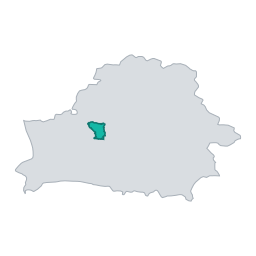 Stowbtsy, Minsk, Belarus (highlighted)
{"feature_id": "67162791B19818766020383", "entity_name": "Stowbtsy", "entity_type": "district", "adm_level": 2, "iso_a3": "BLR", "parent_name": "Belarus", "parent_adm1": "Minsk", "projection": "robinson", "projection_center": [26.677, 53.605], "detail": "fine", "context": "in_parent", "style": "filled", "palette": "teal", "viewbox_px": 256, "rotation_deg": 0, "n_neighbors": 0, "source": "geoboundaries", "source_scale": "gbopen_adm2", "svg_char_len": 6864}
<svg xmlns="http://www.w3.org/2000/svg" viewBox="0 0 256 256"><path d="M219.5,175.9L215.0,175.7L209.6,175.8L206.6,177.4L203.3,176.6L200.9,177.6L195.7,182.1L193.7,184.6L191.8,188.3L190.6,191.1L191.3,193.1L192.4,194.9L192.6,196.9L193.2,198.4L191.9,199.5L191.1,201.1L188.8,200.8L186.0,199.3L185.4,197.1L183.2,195.5L181.8,194.7L179.5,194.6L175.8,195.3L171.0,195.9L167.3,196.0L165.3,196.8L162.4,197.6L161.2,196.7L159.6,194.1L158.2,191.6L157.2,190.5L156.4,190.2L155.4,190.3L154.3,191.1L153.5,191.9L150.4,192.8L149.1,193.7L147.7,196.0L146.7,195.9L145.6,195.3L144.5,192.8L142.8,192.2L140.3,192.1L137.1,191.6L134.5,190.8L133.6,191.0L132.1,192.1L130.4,192.2L126.8,191.3L126.0,191.7L124.0,194.6L123.0,194.7L122.4,194.3L122.7,191.9L120.6,191.0L117.0,190.8L114.6,191.2L113.3,191.1L112.7,190.6L109.6,186.4L108.0,186.2L105.1,186.4L100.8,185.9L95.9,184.9L93.2,184.6L91.8,183.7L88.8,183.3L80.6,181.6L77.3,181.3L72.4,181.2L65.0,180.8L60.2,181.1L58.0,181.6L55.4,182.0L46.6,182.5L43.4,183.0L42.4,183.8L41.4,185.8L37.7,189.1L34.1,191.3L33.4,191.5L31.4,190.3L29.7,189.9L27.6,189.8L26.2,190.2L25.3,190.7L25.4,193.3L25.1,193.5L23.6,190.5L23.8,187.7L24.7,186.1L25.8,184.7L25.4,182.6L26.5,179.8L26.6,177.7L26.1,176.9L25.3,175.9L23.0,174.7L22.0,173.8L18.9,172.7L15.9,171.2L15.4,170.3L15.5,169.7L16.1,168.8L18.5,166.0L21.1,163.4L22.7,162.3L31.5,158.9L32.8,157.7L33.2,155.7L33.1,151.7L32.7,148.0L32.0,145.4L30.5,140.6L26.2,130.7L23.7,120.5L25.4,121.1L29.5,121.3L32.8,120.6L34.5,120.5L36.0,120.7L40.3,120.1L41.3,121.1L43.2,121.9L47.0,120.7L50.3,119.3L53.8,119.4L54.3,118.7L55.2,115.1L56.2,114.3L60.4,114.6L61.9,114.0L63.5,112.2L65.9,111.1L68.0,111.1L70.1,109.8L71.1,110.7L71.6,112.2L70.9,113.4L71.2,113.8L72.7,114.4L75.2,114.4L76.8,113.9L77.2,113.2L77.2,112.0L76.8,110.8L75.8,109.8L73.8,109.3L72.4,109.3L72.1,108.6L72.6,107.3L73.9,104.8L75.4,102.5L76.3,101.6L76.5,100.8L76.3,99.5L76.3,97.0L77.7,93.5L79.5,90.9L82.0,90.1L85.0,89.6L86.9,88.4L87.8,87.0L88.6,84.8L89.6,84.4L96.8,84.7L97.9,82.5L98.5,81.9L99.9,81.3L100.8,80.5L100.5,79.9L98.6,79.5L94.3,79.2L93.5,78.4L93.7,77.6L94.9,75.3L96.0,72.5L96.5,70.2L96.6,68.9L97.2,68.6L100.7,68.1L101.9,67.7L104.9,64.6L107.2,64.1L113.1,64.9L115.9,64.8L119.3,65.1L119.6,64.8L120.8,61.7L126.6,56.9L129.7,55.2L131.7,54.9L132.4,55.0L135.6,57.5L136.3,57.6L138.4,56.5L142.0,56.5L143.7,57.3L146.1,60.5L147.4,60.8L150.9,59.1L152.8,58.5L154.1,58.5L160.8,61.0L161.3,61.7L161.3,62.6L160.4,65.5L161.8,67.2L163.4,68.4L166.8,66.5L168.0,65.9L169.4,65.9L171.2,65.2L172.5,64.1L173.8,63.7L176.2,64.0L180.6,63.7L185.8,65.4L186.3,65.9L188.9,67.9L189.8,68.9L190.7,69.3L192.1,70.2L193.9,70.9L195.2,70.7L195.8,71.0L196.4,71.8L196.5,73.1L196.4,76.8L194.6,78.8L194.4,79.5L194.5,80.3L196.0,81.9L198.0,84.5L198.5,85.9L198.5,87.0L196.0,90.3L195.2,91.1L194.6,92.7L194.4,94.3L194.6,95.0L198.9,97.7L202.2,99.1L202.9,99.8L203.0,100.2L201.4,103.1L201.2,103.8L203.8,105.0L205.3,106.8L206.6,109.9L209.2,112.7L218.4,117.0L219.2,117.7L219.5,118.6L219.3,120.6L217.7,124.4L219.3,124.9L223.3,124.8L228.2,125.2L234.2,127.9L234.2,129.1L233.7,130.2L234.1,131.3L234.8,132.3L240.0,135.3L240.5,136.2L240.6,137.6L240.5,138.7L239.1,138.9L237.6,139.4L235.1,140.7L234.1,142.5L230.1,144.9L227.5,146.1L225.5,146.1L220.6,145.6L218.9,144.4L218.1,143.3L216.3,142.7L213.8,142.7L210.4,142.9L209.7,143.2L209.1,144.6L207.8,147.0L206.8,148.3L211.2,153.0L213.5,154.9L214.2,156.1L214.2,156.9L213.2,157.9L213.4,159.9L215.6,162.5L214.9,162.9L214.8,166.1L214.9,169.5L215.5,170.4L216.7,171.1L217.7,172.3L219.4,175.2L219.5,175.9Z" fill="#d9dde1" stroke="#a8b0b8" stroke-width="1"/><path d="M103.5,123.2L103.3,123.2L103.1,123.3L102.9,123.4L102.6,123.4L102.3,123.5L102.1,123.5L101.8,123.6L101.9,123.9L102.0,123.9L102.1,124.0L101.8,124.3L101.7,124.3L101.6,124.2L101.4,124.1L101.2,124.1L100.8,124.1L100.7,124.1L100.6,123.8L100.5,123.7L100.4,123.7L100.2,123.7L100.0,123.8L99.8,123.8L99.7,123.8L99.6,123.7L99.4,123.7L99.3,123.8L99.2,123.8L98.9,123.8L98.8,123.7L98.6,123.7L98.4,123.6L98.1,123.5L97.9,123.5L97.7,123.5L97.5,123.4L97.4,123.4L97.2,123.3L97.2,123.2L96.6,122.9L96.1,122.9L95.8,122.9L95.6,122.8L95.4,122.8L95.2,122.8L94.9,122.9L94.7,122.9L94.4,122.9L94.2,122.8L93.9,122.7L93.7,122.6L93.4,122.5L93.2,122.4L92.9,122.3L92.8,122.1L92.8,121.9L92.6,121.9L92.4,121.9L92.2,121.9L91.8,121.9L91.5,122.0L91.3,122.1L91.1,122.1L90.8,122.1L90.6,122.1L90.4,122.3L90.1,122.5L89.8,122.8L89.7,122.9L89.5,122.7L89.1,122.6L89.0,122.8L88.9,122.9L88.5,122.9L88.3,123.1L88.5,123.2L88.5,123.4L88.5,123.6L88.5,123.8L88.1,123.9L87.9,124.0L88.0,124.2L88.1,124.5L88.4,124.7L88.6,124.7L88.9,124.7L89.1,124.8L89.1,125.0L88.9,125.2L88.9,125.4L89.0,125.6L89.0,125.8L88.9,125.9L89.0,126.2L89.1,126.6L89.3,126.7L89.5,127.1L89.7,127.4L89.8,127.6L90.0,127.8L90.3,127.9L90.8,127.9L91.2,127.9L91.3,128.1L91.3,128.3L91.3,128.5L91.2,128.6L91.3,128.9L91.5,129.0L92.0,129.0L92.2,129.4L92.6,129.8L92.9,130.2L93.3,130.5L93.6,130.9L93.9,131.2L94.3,131.6L94.5,131.8L94.9,132.0L95.1,132.0L95.4,132.0L95.4,132.3L95.4,132.6L95.5,132.8L95.4,132.9L95.1,133.0L94.9,133.2L94.8,133.4L94.7,133.6L94.8,133.7L95.2,133.8L95.4,133.9L95.5,134.0L95.7,134.3L95.7,134.5L95.7,134.8L95.6,135.0L95.6,135.4L95.6,135.7L95.7,135.9L95.9,136.3L96.2,136.6L96.2,136.9L95.8,137.1L94.9,137.3L94.8,137.5L94.7,137.6L94.6,137.8L94.3,137.9L94.2,137.9L94.0,138.1L94.1,138.3L94.3,138.5L94.7,138.6L94.9,138.6L95.1,138.5L95.3,138.5L95.4,138.4L95.6,138.4L95.8,138.4L95.9,138.5L96.2,138.7L96.3,138.7L96.5,138.7L96.9,138.6L97.0,138.5L97.3,138.5L97.6,138.6L97.8,138.5L98.0,138.6L98.2,138.8L97.9,139.0L98.0,139.1L98.4,139.1L98.5,139.1L98.9,139.1L99.0,139.1L99.3,139.0L99.5,138.9L99.8,139.0L100.1,139.0L100.4,139.2L100.6,139.2L100.9,139.2L101.0,139.1L101.3,139.0L101.3,138.9L101.3,138.7L101.6,138.6L101.8,138.7L101.9,138.9L101.9,139.0L102.0,139.2L102.3,139.2L102.7,139.2L102.9,139.2L103.0,139.1L103.4,139.1L103.6,139.2L103.6,138.5L103.6,138.2L103.6,137.9L103.7,137.7L103.6,137.4L103.4,137.3L103.2,137.2L102.9,137.1L103.0,137.0L103.0,136.9L103.3,136.8L103.3,136.6L103.4,136.4L103.5,136.2L103.8,136.1L104.0,135.9L104.2,135.7L104.4,135.7L104.6,135.8L104.9,135.9L105.1,135.8L105.0,135.6L105.2,135.4L105.2,135.2L104.8,135.0L104.8,134.8L104.8,134.6L104.8,134.3L104.9,134.1L104.9,133.9L105.0,133.7L105.1,133.1L105.2,132.9L105.1,132.7L104.9,132.4L104.7,132.1L104.7,131.9L104.6,131.7L104.3,131.6L104.2,131.6L103.9,131.5L103.9,131.4L104.0,131.3L104.1,131.2L104.2,130.8L104.2,130.3L104.2,129.9L104.1,129.7L103.9,129.5L103.8,129.4L103.8,129.2L103.7,128.8L103.7,128.7L103.8,128.3L103.8,128.2L104.0,128.2L104.2,127.8L104.1,127.7L103.9,127.6L103.7,127.5L103.5,127.3L103.4,127.2L103.4,126.9L103.5,126.8L103.6,126.7L103.7,126.4L103.8,126.2L104.0,125.9L104.2,125.7L104.3,125.7L104.4,125.4L104.5,125.3L104.5,125.2L104.7,124.9L104.7,124.7L104.8,124.4L104.9,124.2L104.7,124.1L104.3,124.0L104.1,124.0L104.0,123.9L103.9,123.8L103.9,123.6L103.8,123.4L103.7,123.3L103.5,123.2Z" fill="#14b8a6" stroke="#0f766e" stroke-width="1.5"/></svg>